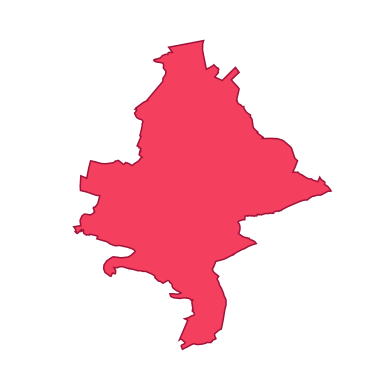 Bosanci, Suceava, Romania (Natural Earth projection), rotated 314°
{"feature_id": "2599482B16284440984410", "entity_name": "Bosanci", "entity_type": "district", "adm_level": 2, "iso_a3": "ROU", "parent_name": "Romania", "parent_adm1": "Suceava", "projection": "natural_earth1", "projection_center": [26.287, 47.571], "detail": "fine", "context": "isolated", "style": "filled", "palette": "rose", "viewbox_px": 384, "rotation_deg": 314, "n_neighbors": 0, "source": "geoboundaries", "source_scale": "gbopen_adm2", "svg_char_len": 6005}
<svg xmlns="http://www.w3.org/2000/svg" viewBox="0 0 384 384"><g transform="rotate(314 192 192)"><path d="M102.9,311.2L103.4,310.9L103.4,310.0L104.8,307.6L105.4,307.0L105.8,306.8L110.8,307.3L112.4,307.6L113.6,308.3L113.9,308.2L121.6,303.3L130.5,297.1L133.7,295.4L135.6,293.8L137.8,291.6L138.7,290.0L139.6,287.2L140.8,285.3L142.2,282.3L143.2,279.9L144.1,276.6L145.6,274.0L146.7,270.8L147.4,270.2L149.9,269.8L149.4,263.6L149.6,262.5L150.7,260.1L153.0,259.7L158.6,257.3L164.5,260.9L167.6,262.4L173.1,264.2L175.7,265.4L175.6,264.9L180.1,266.2L186.1,268.2L186.8,268.8L192.5,270.5L196.4,272.3L199.6,274.1L199.9,271.6L199.4,269.5L198.3,267.1L198.1,265.6L198.4,265.4L195.8,261.0L195.2,259.4L195.0,257.8L194.6,256.9L194.8,256.4L194.5,255.8L194.5,254.2L195.5,254.1L196.1,253.8L198.1,252.7L199.8,251.2L201.3,249.3L201.8,248.4L202.0,246.9L202.4,245.9L204.4,246.2L206.3,247.4L207.4,247.7L207.9,248.1L208.2,248.9L208.8,249.2L211.5,246.9L213.5,248.4L213.3,248.7L213.9,249.2L214.5,249.2L214.9,249.5L214.9,249.9L215.6,250.7L216.2,251.6L216.6,251.5L217.2,251.9L217.2,252.6L217.6,253.4L219.4,254.4L219.4,254.7L219.8,255.2L220.2,255.2L220.5,254.8L221.4,254.6L221.7,254.8L221.9,255.1L222.1,256.2L222.7,256.2L223.0,256.5L223.9,258.0L226.0,258.8L226.7,259.5L227.3,259.6L228.0,260.0L228.1,260.4L229.2,261.7L229.7,261.7L230.4,262.6L230.8,262.7L231.4,263.5L231.7,263.6L232.4,264.2L232.5,264.7L232.8,265.0L233.2,264.9L233.5,265.3L233.7,265.0L234.5,264.9L235.6,265.3L237.4,266.6L238.0,266.8L238.4,267.4L238.4,267.9L239.0,267.9L240.1,268.4L240.5,269.0L241.0,269.1L241.7,268.9L248.1,271.1L260.4,276.2L263.1,277.7L264.9,279.0L266.3,280.4L267.2,280.7L268.1,280.6L272.6,281.6L273.7,282.6L277.3,284.7L278.9,286.5L279.7,287.0L287.1,289.3L289.0,291.3L289.3,291.4L289.7,290.2L290.3,285.7L289.5,282.1L291.0,281.2L291.4,280.5L290.8,276.9L290.9,275.3L291.4,273.6L286.9,275.3L284.4,270.5L284.5,269.0L283.5,268.0L282.2,266.1L281.4,263.1L280.7,259.0L279.8,257.1L279.8,254.2L278.7,253.5L276.4,250.7L281.7,248.8L287.8,246.2L287.7,242.8L288.0,242.2L288.8,240.4L292.1,234.2L292.8,232.6L292.9,231.2L292.4,222.8L292.0,220.9L289.6,216.3L285.1,211.2L280.9,207.1L279.4,205.3L280.8,205.2L279.8,198.6L279.9,197.7L280.8,197.8L280.7,193.4L280.9,191.6L281.8,190.1L285.9,184.8L286.5,183.2L286.2,182.5L286.4,181.7L287.1,181.5L288.0,180.7L287.3,177.1L287.3,175.3L288.0,172.1L288.8,170.3L289.4,169.9L288.7,169.3L288.4,168.7L288.5,166.7L288.3,165.8L287.6,164.0L288.2,162.8L288.9,159.9L288.9,160.4L289.3,160.6L289.6,160.0L290.9,159.1L298.9,154.3L299.3,152.3L299.7,144.9L300.0,142.3L310.8,142.8L311.8,136.7L293.2,136.3L290.5,128.5L296.2,128.0L296.4,127.5L296.9,127.1L298.9,126.0L299.2,124.6L299.1,124.1L298.7,124.0L298.5,123.6L298.7,122.6L298.7,119.3L297.9,119.4L294.3,118.5L290.3,117.0L296.4,108.1L301.4,101.0L306.1,96.7L309.0,95.2L279.9,74.6L279.1,79.5L278.7,80.9L277.2,79.1L275.7,78.1L274.1,79.0L273.1,77.7L272.3,77.1L270.8,76.6L269.8,75.9L266.6,76.1L261.6,73.4L261.7,73.2L260.4,72.8L260.0,73.7L260.1,74.1L260.6,74.9L260.4,75.4L262.6,78.5L263.9,80.6L264.6,81.4L264.1,82.6L263.5,83.4L262.7,84.2L261.8,84.7L261.4,85.1L261.1,86.2L261.1,87.2L260.8,88.2L260.8,89.0L260.7,89.4L260.3,89.8L258.3,91.2L257.1,91.6L254.0,92.0L253.6,92.2L251.3,94.2L226.4,95.9L226.5,96.3L222.7,94.8L213.5,93.3L212.2,93.5L213.2,94.3L213.1,94.6L212.0,95.6L211.8,95.2L210.4,95.9L209.0,95.8L208.2,97.0L208.2,98.1L207.5,99.1L207.3,99.8L207.3,101.6L207.6,102.5L208.0,103.6L208.9,105.1L209.0,106.3L208.8,107.6L208.6,107.9L207.1,108.5L205.7,109.4L205.4,109.9L203.2,111.4L196.2,115.5L196.7,116.7L187.0,120.5L187.8,122.2L187.0,123.1L187.9,124.8L185.5,126.1L185.9,126.8L184.7,127.0L184.4,126.6L182.1,128.1L182.3,132.0L181.3,131.6L180.8,131.6L176.7,132.0L172.3,130.8L169.6,130.6L169.1,129.6L168.9,128.1L168.0,125.2L167.1,124.5L167.0,123.7L164.6,123.9L164.3,123.6L163.6,117.2L163.3,116.8L161.2,115.9L161.2,115.5L158.9,115.2L158.2,114.9L156.8,113.9L155.8,112.9L154.4,112.0L152.1,110.0L149.6,107.1L148.0,104.4L146.7,101.7L144.0,97.4L137.8,100.9L128.8,106.7L126.4,100.8L118.5,107.6L115.6,110.7L118.9,116.3L122.6,124.4L123.6,126.1L125.3,128.2L118.3,132.2L114.2,132.8L114.0,133.0L113.0,131.9L112.0,132.0L111.5,132.5L111.2,133.9L109.7,135.4L109.9,135.8L108.8,135.9L107.2,135.6L105.0,134.8L103.4,132.7L102.4,131.1L101.3,129.9L98.5,129.5L94.7,130.8L93.4,131.6L92.2,133.3L90.9,134.7L90.6,135.4L84.8,131.1L84.6,133.0L83.2,135.9L82.4,135.4L82.2,136.1L82.3,137.8L82.7,138.4L87.2,138.6L86.9,138.8L86.9,139.5L86.7,139.7L87.5,139.9L88.5,139.4L89.3,140.3L88.1,141.2L87.1,143.0L87.1,143.6L87.8,145.5L87.6,145.8L88.8,146.8L89.8,148.1L90.6,147.8L93.6,152.6L94.7,155.0L92.2,156.0L97.3,165.7L97.6,168.8L99.7,173.6L100.7,174.9L103.0,176.7L107.5,183.9L109.4,188.0L110.1,189.9L109.9,192.0L109.2,192.6L106.0,192.2L104.5,192.3L100.8,191.2L95.5,186.8L90.9,180.6L90.3,180.2L89.0,179.7L83.3,178.5L78.4,179.4L75.4,181.8L73.7,185.3L74.5,190.6L74.6,191.4L75.2,192.3L78.4,191.1L79.8,193.6L81.1,192.9L82.6,191.5L83.4,188.3L85.6,190.9L88.0,191.9L88.8,192.8L89.5,193.3L90.4,194.6L92.4,198.7L93.8,200.5L93.4,200.5L95.1,202.7L97.7,207.7L99.5,209.5L100.8,211.8L102.8,214.0L105.0,219.7L105.7,223.0L105.5,224.4L104.6,224.8L104.6,229.3L104.7,230.0L105.7,231.1L106.2,234.5L111.6,236.0L112.1,237.0L112.1,237.6L111.5,238.9L111.9,240.5L111.5,242.2L110.4,243.2L109.8,245.1L109.8,245.7L110.0,246.7L110.3,249.7L110.9,250.5L111.7,254.2L110.0,253.6L109.0,253.0L107.5,251.6L106.0,249.5L103.4,246.8L102.2,249.1L102.6,250.9L103.2,252.3L107.3,257.6L108.8,258.5L110.9,260.4L113.4,263.8L113.7,264.5L113.6,266.7L114.6,267.0L114.9,267.3L114.5,267.7L113.0,268.2L112.2,269.0L109.7,272.2L108.5,274.3L107.9,273.9L107.2,274.6L106.7,274.7L106.5,275.0L106.7,277.2L105.8,278.5L105.1,278.9L104.4,278.8L102.5,277.7L99.1,276.8L95.7,274.7L96.0,275.8L96.8,278.1L76.9,285.7L78.2,286.0L78.8,287.1L78.8,289.7L79.1,290.7L78.8,291.6L78.3,292.0L76.8,291.7L75.1,291.0L73.7,291.1L72.2,294.4L83.7,298.3L86.2,302.1L89.9,305.1L92.7,306.9L94.3,307.4L94.9,308.2L96.1,309.2L96.6,310.1L98.8,310.2L99.1,309.9L99.6,309.8L102.9,311.2Z" fill="#f43f5e" stroke="#9f1239" stroke-width="1.5"/></g></svg>